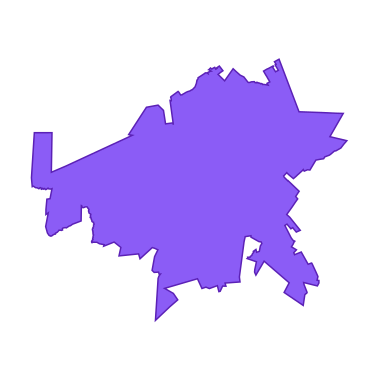 Pánuco de Coronado, Durango, Mexico (Robinson projection), rotated 265°
{"feature_id": "50627088B1013780118073", "entity_name": "Pánuco de Coronado", "entity_type": "district", "adm_level": 2, "iso_a3": "MEX", "parent_name": "Mexico", "parent_adm1": "Durango", "projection": "robinson", "projection_center": [-104.338, 24.505], "detail": "fine", "context": "isolated", "style": "filled", "palette": "violet", "viewbox_px": 384, "rotation_deg": 265, "n_neighbors": 0, "source": "geoboundaries", "source_scale": "gbopen_adm2", "svg_char_len": 5853}
<svg xmlns="http://www.w3.org/2000/svg" viewBox="0 0 384 384"><g transform="rotate(265 192 192)"><path d="M69.3,292.9L78.4,295.1L79.7,295.4L80.8,296.5L80.9,297.2L81.7,297.8L82.0,297.9L90.2,295.5L92.1,295.3L87.5,308.7L90.3,310.5L92.8,310.7L93.2,308.9L96.8,310.1L101.5,308.5L109.8,305.5L110.8,305.0L110.8,304.6L109.9,301.4L122.7,295.6L120.6,288.7L122.7,288.1L125.3,291.0L127.5,288.0L128.7,286.3L131.2,288.2L132.0,288.6L132.4,288.9L132.9,289.0L133.4,289.5L133.8,290.1L134.3,290.0L134.4,289.0L135.9,287.9L137.9,286.7L150.6,281.6L151.7,283.8L146.7,287.3L147.7,289.2L143.0,292.4L144.4,296.5L158.3,287.2L161.3,284.4L168.3,290.4L173.1,294.3L175.9,296.7L178.5,294.9L183.4,298.8L194.9,288.7L194.7,288.5L198.5,285.3L199.8,284.6L199.7,284.3L199.8,284.4L199.9,284.6L203.0,288.1L202.6,288.3L200.4,290.3L196.5,294.2L198.5,297.0L199.8,298.6L200.1,299.0L201.1,300.4L201.3,300.6L202.4,302.1L203.7,303.8L204.7,304.8L203.0,305.6L204.1,309.1L203.6,311.4L213.0,318.2L213.5,323.3L213.6,325.5L213.7,326.1L215.4,327.3L216.0,329.4L216.7,332.0L217.5,333.4L220.5,337.6L220.4,338.8L222.8,344.1L226.2,347.2L229.6,350.7L235.1,334.2L257.1,349.5L257.9,342.5L259.8,328.3L262.6,305.6L316.7,290.3L314.6,285.5L311.9,286.9L311.4,285.9L305.7,288.6L304.5,285.7L309.6,283.1L310.0,284.1L310.5,283.8L308.2,278.4L308.1,277.8L307.6,276.7L306.2,273.8L303.4,275.1L301.9,275.8L300.6,276.5L297.7,277.8L297.4,278.0L294.9,279.1L294.5,278.1L293.7,276.2L291.8,277.1L292.3,275.5L292.6,274.2L292.9,273.1L293.0,272.8L292.8,272.0L292.9,271.8L293.1,271.6L293.8,271.2L294.0,270.6L293.8,270.0L293.9,269.6L294.6,269.0L294.6,268.7L294.6,268.2L294.8,268.0L294.9,267.7L295.2,267.2L295.1,266.1L295.2,265.9L295.4,266.2L295.6,266.2L295.6,265.8L295.3,265.4L295.4,264.4L295.7,264.3L295.9,264.1L296.0,264.0L296.4,263.8L296.3,263.5L296.4,263.2L296.6,262.8L296.5,261.6L296.6,260.9L296.4,260.0L296.2,259.7L296.1,259.3L296.2,258.8L296.1,258.2L296.2,257.8L296.5,257.3L302.1,253.7L304.2,250.2L308.1,246.5L311.2,243.7L299.9,234.2L306.9,228.2L308.6,230.8L310.1,233.4L312.5,231.9L315.1,230.2L313.5,227.4L313.0,227.7L312.3,226.4L314.2,225.5L313.6,224.0L312.8,222.4L313.9,221.3L313.7,221.1L313.5,220.7L313.3,220.6L313.2,220.4L312.8,220.0L312.4,219.4L312.3,219.7L312.1,219.8L310.7,221.6L310.6,220.8L310.7,220.6L310.5,220.2L310.0,219.3L310.1,218.9L309.6,218.1L308.5,218.3L309.4,217.1L309.5,215.6L309.3,215.5L307.3,211.8L306.4,210.1L305.3,208.0L304.4,207.9L303.9,207.6L303.0,206.7L302.8,206.6L302.6,206.7L301.0,206.1L300.2,206.0L296.9,204.4L296.6,204.3L296.2,203.9L295.8,203.4L295.5,203.1L294.8,202.3L293.9,201.2L293.7,200.3L293.1,199.2L292.7,198.2L292.6,197.4L292.4,196.5L292.1,195.6L292.0,195.3L291.4,193.8L290.9,193.1L290.6,192.2L290.1,191.1L289.7,190.6L289.7,190.3L289.7,189.1L292.6,187.6L293.4,186.9L288.8,179.3L288.3,179.0L288.0,179.0L287.7,179.1L287.5,179.4L287.3,179.4L287.0,179.3L286.6,179.3L285.9,179.4L285.1,179.4L284.7,179.3L285.1,178.1L260.6,179.3L262.5,178.9L262.2,171.6L275.8,170.7L281.5,165.8L280.4,154.0L254.7,133.9L253.7,137.5L228.8,68.5L223.9,53.6L263.3,57.7L264.8,40.1L220.1,33.3L213.0,33.3L211.2,33.3L211.3,33.6L211.5,33.7L211.6,33.9L211.7,34.2L211.6,34.4L211.3,34.9L210.8,35.6L210.4,35.9L209.8,36.9L209.8,37.8L209.6,38.3L208.6,39.7L208.7,40.1L209.1,40.4L209.5,40.9L209.6,41.1L209.5,41.6L209.2,41.9L208.8,42.0L208.0,42.0L207.8,42.2L207.9,42.5L208.3,42.7L208.5,42.8L208.7,43.1L208.7,43.4L208.5,43.6L208.1,43.7L207.8,44.0L207.8,44.3L208.2,44.7L208.4,44.9L208.4,45.1L208.3,45.3L208.3,45.6L208.2,45.7L207.6,45.8L207.2,46.2L207.2,46.8L207.5,47.5L208.2,48.6L208.4,48.8L208.4,49.0L208.2,49.1L207.9,49.2L207.6,49.5L207.2,51.7L207.4,52.4L207.5,52.8L197.7,50.0L197.5,46.8L187.5,45.0L182.3,44.5L183.8,47.0L170.3,43.2L163.8,44.4L161.4,45.7L160.4,47.1L160.6,47.6L160.4,47.9L160.4,48.3L161.3,49.8L161.5,50.0L162.0,51.4L161.9,52.0L162.3,52.5L162.8,52.4L163.3,53.3L163.6,54.2L165.0,55.8L165.5,56.1L165.4,57.6L165.1,58.5L165.3,59.1L165.4,59.7L166.9,59.7L167.2,60.1L167.5,61.1L167.5,61.9L167.6,62.5L167.2,63.7L168.9,66.9L169.0,68.0L170.3,70.1L172.8,79.0L188.1,80.6L187.9,80.9L187.4,80.8L186.4,81.4L185.9,81.9L185.9,82.7L186.1,83.4L186.5,84.3L186.4,85.7L186.2,86.3L185.6,86.7L185.0,86.8L184.6,87.2L184.1,87.4L183.8,87.8L183.3,87.8L182.8,87.5L182.1,87.2L181.2,87.6L180.4,87.5L180.2,87.6L179.9,87.7L179.4,88.2L179.3,88.5L179.1,88.8L178.8,89.2L178.4,89.2L178.1,89.2L177.8,88.9L177.6,88.8L177.2,88.7L176.7,88.9L176.4,88.8L176.2,88.7L175.9,88.4L175.7,88.3L175.4,88.4L175.3,88.6L175.1,89.1L174.6,89.1L174.3,89.2L173.8,89.4L173.5,89.4L173.4,89.3L173.1,89.4L172.9,89.5L172.5,89.8L171.8,89.7L171.3,89.8L170.8,90.4L170.4,91.3L169.7,91.2L169.0,91.6L168.4,91.7L167.8,91.0L166.9,91.0L165.8,90.8L165.3,90.2L164.5,90.3L163.9,89.6L163.3,89.5L162.7,89.5L161.6,90.0L160.9,89.6L160.6,89.7L160.1,90.0L159.3,89.9L158.9,89.6L158.6,89.7L158.4,89.9L158.1,90.1L157.9,90.2L157.7,90.2L157.0,89.7L156.6,89.5L156.1,89.6L155.2,89.5L154.8,89.0L154.0,89.0L153.7,89.2L153.4,89.2L153.2,89.2L153.0,88.7L152.7,88.4L152.4,88.3L151.8,87.8L151.6,87.7L151.3,87.8L151.1,87.7L150.7,87.7L150.3,87.8L150.2,88.0L150.8,88.7L150.6,89.0L150.2,92.9L148.5,95.3L147.2,99.9L145.7,99.3L148.9,110.0L148.5,110.5L143.0,116.3L134.7,113.7L135.0,133.4L130.0,134.4L140.1,147.6L139.2,149.8L137.4,153.0L130.9,149.1L117.4,145.4L115.2,147.3L115.1,151.7L113.0,152.1L113.0,153.4L111.1,151.7L108.9,150.7L67.3,144.4L79.4,159.6L85.8,168.4L92.6,164.6L98.4,156.3L105.1,189.9L95.0,193.5L96.0,197.6L94.3,200.9L96.5,209.1L90.4,210.1L90.6,211.4L95.6,214.3L95.2,217.6L98.4,217.0L98.2,232.0L103.2,231.8L137.8,239.5L142.9,241.1L143.3,246.9L141.9,246.8L136.7,254.4L136.3,256.5L134.6,257.1L132.3,255.4L127.0,253.9L126.3,251.1L129.2,250.7L127.6,248.0L127.1,248.5L124.7,246.5L123.5,246.0L122.8,244.5L122.0,244.2L122.2,241.8L121.6,241.9L120.9,241.1L116.9,250.1L109.3,247.8L107.1,247.4L106.5,247.4L103.6,248.4L116.8,257.8L93.1,280.9L83.9,275.0L69.3,292.9Z" fill="#8b5cf6" stroke="#5b21b6" stroke-width="1.5"/></g></svg>